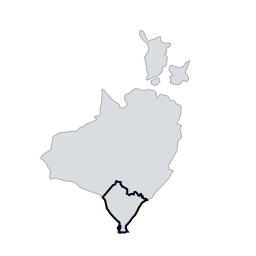 where Ida-Viru sits in Estonia, rotated 120°
{"feature_id": "EST-1655", "entity_name": "Ida-Viru", "entity_type": "County", "adm_level": 1, "iso_a3": "EST", "parent_name": "Estonia", "parent_adm1": "", "projection": "mercator", "projection_center": [27.147, 59.161], "detail": "fine", "context": "in_parent", "style": "outline", "palette": "ink", "viewbox_px": 256, "rotation_deg": 120, "n_neighbors": 0, "source": "natural_earth", "source_scale": "10m", "svg_char_len": 3899}
<svg xmlns="http://www.w3.org/2000/svg" viewBox="0 0 256 256"><g transform="rotate(120 128 128)"><path d="M197.9,188.7L197.2,188.8L193.0,188.1L188.4,185.8L186.3,184.1L184.4,184.2L182.0,185.3L173.3,188.5L171.2,187.8L166.3,184.6L163.8,181.1L158.3,174.2L157.8,172.6L157.1,171.3L151.2,169.6L149.0,167.0L147.2,166.7L144.5,165.4L137.6,159.9L135.9,159.4L135.4,160.3L135.6,161.6L135.1,162.4L134.2,162.3L132.6,160.3L130.7,158.5L124.7,161.9L122.6,162.8L120.7,163.0L111.2,167.4L108.3,169.7L107.1,169.5L107.4,167.2L111.3,156.1L112.0,147.3L113.5,146.1L113.9,144.8L113.3,142.0L109.2,140.2L107.5,140.4L106.0,143.5L104.5,145.7L100.8,147.0L97.7,144.7L90.4,141.6L88.6,137.5L88.1,133.3L84.3,129.3L82.7,124.5L83.3,121.2L86.8,119.0L87.8,117.1L83.4,117.4L82.5,116.9L82.3,115.2L80.4,109.4L82.1,107.0L82.9,104.8L81.4,102.9L81.8,100.7L82.9,98.5L82.2,93.3L86.6,90.6L90.9,88.7L99.9,87.7L99.0,82.9L102.7,82.7L108.8,77.0L114.9,78.0L123.7,74.1L140.7,74.2L143.0,71.9L142.6,69.6L142.7,67.2L145.9,67.9L151.2,67.4L171.2,72.2L176.1,72.2L182.9,77.1L186.6,78.3L197.4,78.3L214.1,80.5L217.4,77.2L217.7,76.3L219.3,78.2L221.3,81.1L221.9,82.8L221.2,83.8L219.2,84.7L218.7,85.6L217.8,87.1L215.5,87.4L214.3,88.5L212.8,93.5L210.1,101.7L206.0,107.9L202.8,111.4L201.3,114.0L200.4,117.1L200.2,120.2L203.3,137.4L203.3,140.4L202.5,143.6L202.0,146.8L202.4,149.6L204.5,154.3L206.7,161.4L207.6,165.8L209.0,167.5L210.4,168.7L210.7,169.4L210.7,170.2L209.9,171.1L203.6,173.5L202.8,175.4L202.1,177.6L199.4,180.9L198.5,184.0L198.0,187.4L197.9,188.7ZM55.9,126.7L58.1,128.1L60.0,127.6L62.0,126.7L66.3,127.6L76.2,134.6L77.1,136.5L71.2,137.3L69.9,139.5L68.5,141.0L66.8,141.4L64.0,144.4L60.1,147.3L59.3,149.0L52.4,148.7L48.6,149.8L45.5,153.0L44.2,159.2L42.0,164.0L39.7,165.8L37.3,166.0L36.8,164.2L37.0,162.4L42.0,155.6L43.0,153.4L40.5,152.4L38.5,150.0L33.9,147.2L33.0,145.0L34.1,144.8L35.1,144.2L36.4,142.3L36.9,140.1L33.3,133.8L35.1,132.8L37.5,133.1L39.9,134.9L42.5,132.7L43.6,132.4L45.4,133.2L47.3,129.0L51.6,127.6L53.8,126.3L55.9,126.7ZM65.1,114.8L62.7,117.7L61.2,116.5L60.4,115.1L57.3,121.6L53.7,122.7L51.6,121.4L51.8,119.0L49.7,112.7L46.6,110.8L42.3,110.6L39.1,108.0L51.3,106.2L52.5,103.2L55.0,100.0L56.9,99.7L58.5,100.4L58.8,102.9L59.2,103.9L64.7,105.3L66.9,109.4L67.7,114.4L65.1,114.8ZM77.7,130.8L75.2,131.3L69.3,127.3L70.7,124.5L72.4,123.4L77.4,125.1L78.1,129.3L77.7,130.8Z" fill="#d9dde1" stroke="#a8b0b8" stroke-width="1"/><path d="M217.9,76.5L218.5,77.6L219.9,78.3L220.5,79.0L221.2,80.8L221.5,81.3L221.8,81.7L222.6,82.4L223.0,82.8L222.8,83.9L222.1,83.4L220.8,84.5L218.3,84.7L217.4,85.2L219.6,86.1L220.3,86.1L219.7,86.9L216.1,86.8L214.5,87.8L213.8,88.6L214.1,89.7L213.6,90.9L212.6,95.3L210.9,100.2L210.4,101.5L209.1,103.9L208.8,105.2L208.2,106.1L205.5,108.5L201.7,112.0L200.8,115.3L200.7,115.3L186.1,112.6L185.1,112.5L184.9,112.4L184.7,112.2L184.3,111.6L183.5,111.1L182.8,111.0L182.5,111.0L182.1,111.1L181.3,111.5L180.6,111.5L180.4,111.5L180.2,111.6L179.9,111.6L179.7,111.3L179.6,110.4L179.5,109.2L179.3,108.9L179.3,108.6L179.2,108.4L179.2,108.1L178.5,107.3L179.5,106.5L180.5,106.1L180.7,105.9L180.8,105.6L180.8,105.2L180.9,104.8L181.0,104.3L181.5,103.9L181.7,103.6L181.7,103.2L181.3,102.4L181.3,99.1L181.4,98.2L181.6,97.9L183.6,96.7L185.2,96.4L185.5,96.3L185.6,96.0L185.5,95.7L185.3,95.1L185.5,93.4L185.4,93.0L185.1,92.8L184.1,92.7L183.7,92.5L183.2,91.9L183.0,91.4L182.7,89.8L180.6,90.5L180.4,90.4L180.0,90.1L179.6,89.5L179.8,88.1L181.1,85.6L181.3,84.8L181.2,84.5L181.0,84.4L179.7,84.2L179.1,84.2L178.9,84.1L178.7,83.8L178.6,83.6L179.2,83.1L179.7,82.5L179.6,81.3L179.7,81.1L179.9,80.9L180.1,80.7L180.3,80.7L180.5,80.9L181.0,81.4L181.2,81.0L181.1,79.7L181.1,79.0L180.9,78.4L180.5,77.2L180.4,76.9L180.3,76.6L180.5,76.2L180.7,75.4L180.8,75.3L182.2,76.8L183.6,77.3L184.9,78.1L185.5,78.4L190.9,78.8L195.6,78.5L199.6,78.3L204.3,79.4L208.9,79.7L213.6,80.9L214.8,80.5L216.0,79.7L216.9,78.5L217.9,76.5Z" fill="none" stroke="#020617" stroke-width="2"/></g></svg>